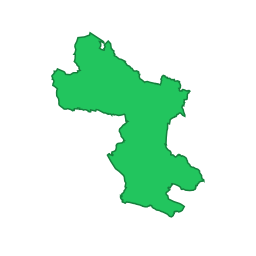 Cobh Lea-6, Cork, Ireland, rotated 27°
{"feature_id": "5873133B90074174000916", "entity_name": "Cobh Lea-6", "entity_type": "district", "adm_level": 2, "iso_a3": "IRL", "parent_name": "Ireland", "parent_adm1": "Cork", "projection": "natural_earth1", "projection_center": [-8.365, 51.953], "detail": "fine", "context": "isolated", "style": "filled", "palette": "green", "viewbox_px": 256, "rotation_deg": 27, "n_neighbors": 0, "source": "geoboundaries", "source_scale": "gbopen_adm2", "svg_char_len": 5827}
<svg xmlns="http://www.w3.org/2000/svg" viewBox="0 0 256 256"><g transform="rotate(27 128 128)"><path d="M152.1,181.8L153.5,181.8L153.3,183.3L153.4,184.5L153.1,185.3L153.2,185.7L153.1,185.8L153.4,186.3L153.3,187.9L152.5,189.2L152.8,190.6L153.3,191.2L152.7,191.3L153.4,191.7L152.8,191.6L153.0,191.9L152.7,192.0L153.0,192.2L152.6,192.3L152.5,192.8L153.6,193.9L153.1,194.1L153.7,194.0L154.9,194.7L155.6,194.2L155.9,194.3L156.3,195.1L156.1,195.7L156.4,196.4L156.7,196.5L157.5,196.2L159.6,196.3L160.3,194.6L163.3,193.5L167.4,192.6L168.6,192.0L168.9,192.0L168.7,192.2L169.2,192.1L168.9,191.8L169.5,192.1L170.2,192.0L173.8,191.1L175.5,191.1L175.6,191.3L175.5,191.1L175.8,190.9L176.3,191.1L178.8,190.5L180.9,189.5L181.3,188.7L182.4,187.7L182.2,187.7L182.3,187.1L183.1,186.6L184.3,186.5L184.7,186.7L185.1,187.3L187.0,187.9L188.1,187.7L190.5,188.1L193.6,187.2L195.7,187.3L196.4,187.0L199.7,186.9L202.4,186.9L205.0,187.8L207.0,187.5L207.6,186.5L208.0,185.4L207.8,184.4L208.0,183.2L207.4,182.3L207.4,181.4L207.9,181.2L207.7,181.1L208.7,180.3L210.1,179.7L211.3,179.8L212.8,178.3L213.7,176.6L213.8,172.4L210.4,171.9L208.2,171.9L202.2,172.8L196.2,172.9L194.2,170.3L192.4,169.9L191.7,169.2L191.4,168.5L191.5,167.6L192.3,166.8L192.4,165.8L193.3,164.0L193.1,163.7L191.4,163.7L190.8,162.8L191.2,162.3L192.7,162.0L192.7,160.5L193.1,158.6L192.6,158.6L192.4,157.7L192.7,157.5L195.4,156.8L199.3,156.6L201.5,156.9L203.4,158.4L204.1,158.1L204.8,157.3L207.6,157.2L211.4,155.7L214.6,153.6L215.1,152.5L215.6,152.2L215.6,150.6L215.1,150.3L215.2,149.9L214.6,148.8L214.6,148.4L215.4,148.4L215.8,147.8L215.4,146.6L215.6,146.5L215.8,145.4L216.1,144.8L216.0,143.8L217.3,142.4L218.7,141.4L218.5,141.1L219.0,140.4L219.5,140.6L219.0,139.8L217.0,139.6L215.5,137.7L215.1,136.9L212.4,135.5L211.6,134.8L211.4,133.9L209.6,133.2L208.7,133.1L206.3,133.5L204.2,133.3L203.2,133.8L201.6,133.9L200.7,133.6L200.1,133.0L198.9,132.4L197.5,132.1L196.5,131.4L195.9,130.4L195.1,130.0L194.0,128.8L193.1,128.3L191.0,128.0L188.9,128.2L188.5,128.9L186.5,128.3L185.7,128.4L185.9,128.8L185.4,128.8L185.4,129.3L184.7,129.3L184.1,131.5L183.5,132.3L182.1,132.2L181.5,131.8L180.2,131.6L178.5,132.5L178.1,132.2L177.8,130.8L176.3,129.5L173.6,129.3L170.9,128.1L169.7,126.6L168.5,125.7L169.7,125.5L168.9,124.6L166.4,119.1L163.9,112.8L163.5,110.6L161.3,106.1L161.4,105.7L163.1,105.5L161.8,101.3L163.2,98.6L164.6,97.1L164.4,96.6L165.6,95.9L165.7,94.9L165.4,93.8L166.3,93.1L166.9,91.5L167.5,90.9L168.6,90.9L170.9,91.8L173.3,91.8L172.8,90.7L170.3,88.5L168.9,86.7L166.5,85.0L166.6,84.4L166.3,83.1L167.6,82.9L167.1,81.9L167.2,81.3L166.8,80.5L166.9,79.7L166.1,79.7L165.7,77.9L165.2,77.2L167.1,76.1L167.3,75.9L167.2,75.4L167.4,75.3L166.9,73.7L166.4,73.2L166.4,72.6L165.7,71.4L165.6,70.0L166.3,68.9L166.0,68.3L166.4,67.1L165.3,66.9L164.7,67.5L164.4,67.5L163.9,68.3L160.9,68.5L159.3,68.8L158.9,69.8L159.3,70.4L157.8,71.2L157.6,71.5L156.7,71.2L156.3,70.2L155.3,69.6L156.3,68.8L156.3,68.3L155.4,66.1L153.1,64.2L152.5,64.0L152.9,63.5L152.8,63.3L150.7,63.5L149.1,64.7L148.3,64.9L147.8,64.8L147.5,64.0L147.0,63.8L146.7,64.5L145.1,64.8L144.6,65.4L142.7,64.8L140.5,65.9L140.2,65.8L140.0,65.1L138.0,65.6L137.5,64.9L135.8,65.0L135.4,65.3L135.4,66.1L134.9,66.6L135.2,67.9L135.2,69.6L136.4,70.4L136.3,71.0L136.9,72.5L137.1,74.9L136.4,74.8L135.7,75.2L135.0,75.0L133.8,75.4L133.9,75.6L132.5,75.7L132.3,76.2L132.0,76.3L131.7,76.1L126.7,77.4L124.1,77.8L122.1,79.4L122.1,79.7L118.1,78.8L116.4,78.7L115.9,78.4L114.5,76.9L114.1,74.9L113.6,75.0L112.1,74.3L111.8,73.6L112.1,73.3L111.7,73.1L109.7,73.2L108.4,74.2L106.9,74.5L104.6,73.1L103.0,73.2L102.5,72.7L101.2,72.3L98.8,72.5L95.7,70.8L94.9,70.6L95.2,69.9L90.8,69.9L88.9,70.5L85.0,69.7L83.1,69.8L82.7,69.3L82.8,68.3L81.1,67.5L80.4,65.7L78.5,65.5L78.2,65.0L77.0,64.8L74.2,60.8L70.9,59.5L69.2,64.8L70.8,66.0L70.7,66.3L70.8,67.6L70.6,68.1L70.8,68.1L71.5,69.3L71.1,69.7L68.4,70.1L66.3,69.8L66.5,67.3L66.3,67.1L65.6,65.5L63.3,63.9L65.6,63.2L67.8,63.3L67.5,63.0L67.6,62.6L66.5,62.1L51.0,60.4L51.6,62.9L50.8,63.4L47.9,66.6L42.4,70.2L43.1,74.2L43.1,77.9L43.8,79.7L45.9,81.8L46.6,84.6L46.6,85.8L46.4,86.8L47.5,86.4L48.2,87.4L48.5,88.4L49.2,89.6L49.9,92.0L49.9,93.1L52.5,93.9L53.5,94.3L53.7,94.9L56.7,95.9L57.4,97.3L57.6,97.3L58.3,98.2L59.2,98.4L58.4,99.3L57.2,100.0L57.6,100.4L57.9,101.1L57.6,101.8L54.6,103.4L53.7,104.3L53.1,105.7L52.2,106.8L48.1,108.5L46.3,107.1L45.2,106.9L38.3,107.4L38.4,108.9L38.0,110.1L36.5,110.9L37.6,112.0L37.2,112.5L37.3,113.5L36.6,115.7L36.6,116.3L38.1,117.6L38.5,119.0L39.3,118.7L40.4,119.4L41.0,120.6L41.1,122.4L41.7,124.2L43.5,124.2L47.3,125.1L47.5,126.9L48.3,128.9L49.9,131.7L52.8,133.4L54.5,135.8L55.5,137.9L56.4,138.8L58.9,139.4L60.7,139.6L61.8,140.1L63.0,139.9L64.5,139.1L65.2,138.3L65.8,138.0L69.0,137.5L70.8,137.8L71.1,137.5L70.9,137.4L71.0,136.9L72.0,136.7L71.5,135.2L74.3,133.9L74.0,133.1L75.9,132.4L76.1,133.5L78.2,132.4L79.2,132.1L80.1,132.3L81.2,131.3L82.4,130.8L85.1,130.8L85.2,131.3L86.9,130.9L87.4,130.4L86.5,128.8L91.5,127.6L91.3,126.0L93.3,125.4L99.9,125.5L100.6,124.8L102.8,124.8L103.5,124.3L104.0,124.8L106.1,123.4L107.6,123.9L107.4,123.5L108.9,122.3L109.7,122.7L110.6,121.8L114.0,121.1L116.5,119.2L118.4,117.4L119.3,117.6L122.4,121.7L122.9,122.8L123.1,122.8L123.1,122.0L124.8,122.2L124.5,122.5L124.1,124.3L123.2,126.2L123.4,126.6L122.9,126.8L122.3,127.9L121.9,130.2L121.1,132.3L121.1,133.1L121.7,134.8L123.7,136.1L125.4,137.9L125.8,138.6L128.3,139.5L129.1,140.0L129.8,140.8L130.2,140.8L129.9,141.1L130.5,142.0L130.0,142.1L129.8,143.1L129.4,144.0L126.1,146.3L125.4,147.6L125.4,148.6L125.5,149.0L125.8,149.0L126.0,149.9L126.6,150.9L127.1,153.2L126.6,154.7L124.6,156.8L125.1,157.8L125.1,158.3L126.8,158.8L126.8,159.5L123.6,160.0L123.7,159.7L123.1,159.4L122.6,159.9L122.0,161.5L127.9,165.5L135.4,169.9L139.7,170.6L145.3,172.2L146.8,173.1L149.2,176.7L151.1,178.0L152.1,181.8Z" fill="#22c55e" stroke="#15803d" stroke-width="1.5"/></g></svg>